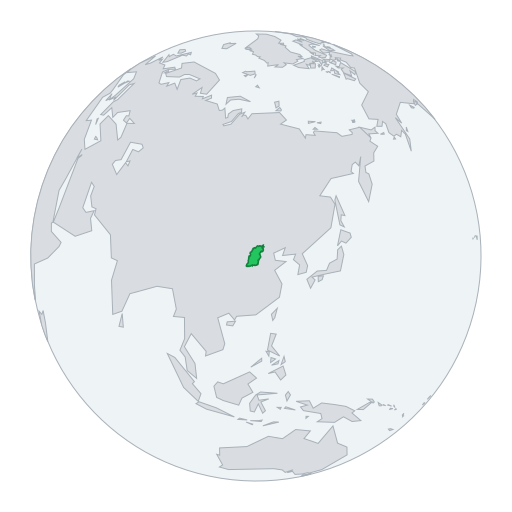 the Earth from above Shanxi, rotated 12°
{"feature_id": "CHN-1805", "entity_name": "Shanxi", "entity_type": "Province", "adm_level": 1, "iso_a3": "CHN", "parent_name": "China", "parent_adm1": "", "projection": "orthographic", "projection_center": [112.547, 37.663], "detail": "fine", "context": "on_globe", "style": "filled", "palette": "green", "viewbox_px": 512, "rotation_deg": 12, "n_neighbors": 0, "source": "natural_earth", "source_scale": "10m", "svg_char_len": 14957}
<svg xmlns="http://www.w3.org/2000/svg" viewBox="0 0 512 512"><g transform="rotate(12 256 256)"><circle cx="256" cy="256" r="225" fill="#eef3f6" stroke="#a8b0b8"/><path d="M455.9,356.1L455.6,357.1L455.4,357.4L455.9,356.1ZM402.9,85.2L400.0,83.4L382.3,73.4L381.8,71.8L377.6,70.1L378.0,72.3L379.2,74.2L365.2,75.7L363.8,88.2L370.9,95.8L363.5,91.7L382.0,109.5L386.1,121.2L376.8,105.8L372.3,102.8L372.8,109.3L368.2,107.7L365.9,110.1L360.4,107.7L355.4,99.6L351.8,98.1L352.3,102.9L347.2,104.0L347.0,97.0L338.0,98.4L328.0,86.4L331.7,71.9L321.6,65.4L313.3,51.7L309.5,51.9L303.9,47.7L297.4,46.5L297.7,44.9L292.3,45.5L293.2,47.3L291.1,48.4L287.4,48.0L287.1,45.6L289.0,45.4L286.9,44.6L288.4,43.6L285.6,43.9L285.7,41.4L280.0,43.5L275.5,41.2L277.1,39.7L284.2,40.4L305.4,40.4L309.2,40.1L307.4,38.4L288.9,33.6L290.1,33.4L287.2,32.9L303.0,35.7L318.6,39.6L333.9,44.6L348.8,50.7L363.2,57.9L377.1,66.0L390.3,75.1L402.9,85.2ZM284.9,32.6L282.5,32.3L283.9,32.8L275.6,32.3L278.4,33.5L275.4,33.7L275.3,35.2L267.6,34.6L260.1,33.4L259.7,32.3L256.4,31.9L250.4,33.0L243.7,31.6L228.7,32.5L227.8,32.5L229.5,32.3L248.0,30.9L266.5,31.0L284.9,32.6ZM469.0,194.2L467.3,190.6L468.1,190.5L469.0,194.2ZM466.3,190.2L466.9,191.0L466.4,190.6L466.3,190.2ZM466.0,191.0L466.2,190.4L466.2,191.5L466.0,191.0ZM465.9,192.7L465.9,191.6L465.9,191.9L465.9,192.7ZM464.9,194.0L464.6,194.2L464.4,192.8L464.9,194.0ZM380.5,75.5L378.4,72.6L379.8,71.5L382.1,74.0L380.5,75.5ZM377.2,78.7L375.0,76.5L379.9,77.8L379.6,78.6L377.2,78.7ZM377.0,102.1L376.2,98.6L378.6,102.6L377.0,102.1ZM366.5,110.9L368.2,112.5L366.2,113.1L366.5,110.9ZM279.6,35.6L277.5,35.4L278.6,35.2L279.6,35.6ZM281.6,36.5L284.3,36.4L285.7,36.9L283.9,36.9L281.6,36.5ZM356.1,110.2L352.4,111.0L355.3,108.7L356.1,110.2ZM277.8,36.6L287.7,37.7L289.9,38.6L285.3,39.8L277.8,36.6ZM349.8,110.6L341.0,113.1L344.0,116.7L330.7,108.5L342.5,108.7L345.6,105.2L346.4,108.7L349.8,110.6ZM295.1,48.1L294.0,46.1L298.4,48.2L295.1,48.1ZM298.5,49.2L315.2,55.0L315.0,58.1L309.5,55.3L312.1,60.0L303.9,58.6L300.6,55.7L302.3,53.9L297.8,54.9L298.5,49.2ZM324.7,103.8L321.9,103.4L323.9,102.3L324.7,103.8ZM290.7,48.9L294.0,49.7L294.2,52.3L287.4,51.4L289.5,50.8L290.7,48.9ZM316.8,62.1L315.8,64.1L308.8,63.5L307.4,64.3L303.7,58.9L316.8,62.1ZM287.6,50.0L284.0,50.9L280.5,49.5L287.4,48.5L287.6,50.0ZM297.0,53.5L296.8,54.8L294.7,53.7L297.0,53.5ZM266.2,45.5L270.2,45.9L270.6,47.2L266.2,45.5ZM282.9,51.4L284.1,51.9L284.7,52.6L281.7,52.9L282.9,51.4ZM299.0,59.0L296.3,58.4L300.2,61.1L295.1,61.1L293.5,57.6L292.1,59.0L290.5,59.1L291.0,56.3L299.0,59.0ZM280.5,55.4L276.7,51.5L269.1,50.2L268.6,48.8L280.9,51.2L280.5,55.4ZM286.6,56.1L282.7,55.3L283.9,53.9L287.4,53.5L286.6,56.1ZM292.2,62.4L300.4,63.3L300.5,64.1L292.2,62.4ZM278.0,55.3L279.0,56.3L277.4,55.4L278.0,55.3ZM287.6,60.4L290.5,60.6L290.5,61.4L287.6,60.4ZM278.5,58.3L277.3,56.9L279.6,56.5L278.5,58.3ZM282.5,59.5L281.8,60.6L281.2,57.2L283.8,59.4L282.5,59.5ZM287.1,61.2L288.1,61.8L285.9,61.0L287.1,61.2ZM270.4,60.8L269.1,56.6L274.2,55.6L274.8,59.8L270.4,60.8ZM94.2,99.2L95.3,98.5L88.7,106.2L81.5,123.1L79.4,127.1L73.0,132.6L61.8,158.9L66.8,157.3L63.8,177.6L66.5,187.2L80.3,175.5L76.0,159.3L82.4,149.4L91.7,156.1L96.6,171.3L99.2,168.0L102.2,153.0L109.5,151.7L103.9,147.6L101.6,152.8L98.1,150.7L100.0,145.8L102.5,145.4L102.7,140.0L90.8,144.4L87.1,150.2L84.1,140.9L77.7,149.9L74.7,150.0L84.3,135.0L88.1,131.9L100.9,112.6L96.6,114.8L84.3,133.5L85.4,130.0L79.6,134.1L84.9,128.2L99.5,108.1L100.8,100.7L91.8,103.4L94.9,99.1L102.2,91.6L116.2,81.1L107.9,91.9L112.8,89.2L123.6,80.6L120.2,84.9L123.6,83.0L121.4,87.2L127.2,88.1L126.3,92.2L137.3,88.2L138.3,90.0L131.5,91.7L126.3,95.4L125.1,106.9L127.4,107.8L134.7,104.5L133.4,108.4L140.6,103.8L144.2,109.4L145.8,99.0L154.4,95.7L161.3,97.1L164.4,94.4L153.2,92.3L148.4,93.3L143.9,96.9L131.2,99.1L129.7,96.2L144.1,87.6L143.6,83.0L155.1,79.1L178.4,85.8L183.7,91.5L174.1,108.0L167.8,108.4L168.2,102.4L159.9,111.1L164.4,108.8L163.3,112.4L171.3,110.9L170.9,113.4L179.1,107.9L179.6,110.9L174.4,114.3L186.5,115.4L189.8,121.3L192.7,120.4L194.8,117.8L197.6,127.5L199.6,126.4L199.5,122.8L203.4,118.5L211.5,115.0L212.0,118.5L209.2,120.2L204.0,129.6L196.3,134.2L197.4,135.4L204.1,132.3L210.5,120.8L215.2,117.7L213.0,123.1L214.2,120.9L216.7,120.5L219.6,123.6L222.4,117.7L249.2,110.8L257.5,116.7L252.6,121.9L271.9,122.7L279.8,130.5L279.7,126.9L288.8,125.7L286.5,123.2L287.1,121.5L309.5,118.6L315.2,121.1L324.7,117.1L324.6,115.4L321.0,113.2L330.7,108.5L344.0,116.7L343.5,120.0L352.2,123.4L349.7,130.6L351.6,138.6L343.9,145.3L346.1,151.4L349.3,152.2L354.7,161.6L354.9,179.4L340.8,161.7L337.8,136.9L337.8,146.4L333.6,143.5L331.1,146.6L331.4,153.7L334.1,155.0L313.3,164.6L305.9,183.8L316.6,182.9L322.5,188.9L323.4,212.8L300.8,244.2L308.5,254.7L308.5,261.5L300.8,265.5L300.5,255.6L293.4,251.8L294.4,245.9L281.9,250.0L282.9,241.8L272.7,249.5L275.8,256.2L286.5,255.2L277.2,266.1L287.2,277.9L287.5,291.4L268.1,313.6L249.6,319.0L248.3,323.0L241.3,317.6L231.4,324.4L243.7,348.3L243.1,354.5L227.4,364.3L227.1,359.7L208.8,345.4L204.8,359.6L218.7,373.9L223.4,388.1L212.5,382.3L207.7,369.5L201.2,364.0L203.4,351.7L198.8,331.0L187.8,332.3L189.1,324.5L181.1,305.4L165.5,306.2L140.5,319.1L136.3,337.9L128.0,342.9L119.7,309.7L121.4,289.4L114.9,287.9L109.2,265.5L89.5,249.4L89.7,243.0L85.3,242.1L81.8,231.6L83.3,221.5L79.8,218.1L76.5,244.8L80.6,248.7L88.3,245.3L86.3,253.5L90.1,265.4L75.0,274.3L50.7,265.0L53.4,249.8L61.6,197.5L64.2,194.4L64.5,193.9L64.9,192.9L60.4,197.3L63.5,187.7L53.6,220.8L49.7,232.7L50.3,265.4L49.0,266.2L50.7,274.5L62.5,283.2L61.4,287.6L52.7,301.3L40.9,309.9L45.4,330.9L49.6,345.3L48.9,344.6L42.9,329.2L38.2,313.4L34.5,297.3L32.1,280.9L30.9,264.4L30.9,247.9L32.1,231.4L34.5,215.1L38.1,199.0L42.8,183.1L48.7,167.7L55.8,152.8L63.9,138.4L73.0,124.6L83.1,111.5L94.2,99.2ZM96.4,196.2L102.8,205.3L109.0,191.9L112.0,194.5L113.0,189.2L109.5,190.9L113.3,177.4L119.4,178.5L123.2,173.7L121.3,170.4L109.6,170.8L104.0,189.8L98.7,191.8L96.4,196.2ZM144.6,70.2L140.9,73.0L137.4,73.8L138.6,70.1L143.7,68.7L144.6,70.2ZM136.4,76.9L150.4,70.3L150.2,72.8L147.9,72.4L146.4,74.8L142.4,74.8L128.6,84.4L124.6,85.9L129.0,77.2L129.7,79.0L133.3,75.9L136.4,76.9ZM186.4,53.6L192.4,52.1L184.2,59.4L179.5,60.0L180.4,55.9L186.4,52.8L186.4,53.6ZM267.7,39.0L270.5,38.9L270.6,39.4L268.2,39.9L267.7,39.0ZM268.0,45.5L255.3,40.4L257.9,39.9L247.4,38.2L250.1,36.3L256.9,37.3L251.1,35.0L258.3,35.2L253.6,33.9L268.4,36.4L274.6,36.9L266.6,37.0L263.9,38.6L264.6,39.4L271.2,42.5L283.3,45.0L282.6,47.4L278.8,48.5L275.8,48.3L277.3,46.7L272.2,47.6L272.0,45.1L268.0,45.5ZM235.3,67.1L238.2,64.1L228.0,67.8L227.7,64.4L226.5,65.0L223.5,63.0L217.7,61.9L218.7,60.3L216.0,60.6L213.9,59.5L210.6,59.4L211.1,56.7L207.1,56.5L209.7,55.4L202.6,55.9L208.1,54.3L205.9,53.1L201.8,55.3L212.6,43.1L212.9,40.1L210.2,38.8L219.9,36.9L228.7,37.4L235.6,39.7L233.9,43.2L238.7,42.1L239.2,43.5L235.3,43.8L241.7,44.3L241.1,45.7L247.3,49.3L257.0,49.8L259.5,51.4L255.4,51.9L260.8,53.2L254.7,55.4L256.4,56.7L252.1,60.5L243.3,61.2L245.8,62.6L242.7,65.9L235.3,67.1ZM269.0,61.7L258.5,62.8L253.2,61.6L262.9,55.6L262.2,54.1L268.2,50.8L275.8,52.8L273.4,53.5L272.8,54.7L270.6,53.5L271.9,55.3L268.6,56.5L268.7,58.3L265.3,58.0L269.0,61.7ZM81.5,127.1L80.7,129.5L80.4,132.4L76.7,135.3L81.5,127.1ZM91.2,113.3L91.1,114.6L85.8,119.6L86.6,117.3L91.2,113.3ZM95.6,111.4L91.5,114.3L94.2,111.4L95.6,111.4ZM131.9,92.9L132.4,94.4L130.6,95.5L128.3,95.9L131.9,92.9ZM204.8,79.4L207.4,77.4L208.6,77.7L216.4,75.4L217.3,78.0L212.9,80.5L204.8,79.4ZM77.0,175.3L73.6,175.3L74.3,172.4L75.4,173.0L77.0,175.3ZM73.1,154.2L71.8,160.8L72.1,154.9L73.1,154.2ZM207.0,81.9L210.2,80.6L208.6,82.8L207.0,81.9ZM218.3,79.9L217.2,82.4L218.3,78.1L218.3,79.9ZM63.9,365.0L70.2,383.1L66.0,377.0L60.7,368.1L55.3,355.1L58.7,357.6L59.1,353.6L63.9,365.0ZM280.8,420.5L287.8,421.1L287.5,421.8L280.8,420.5ZM273.6,418.0L281.5,418.2L272.3,419.6L273.6,418.0ZM284.6,418.2L292.6,416.5L296.1,415.2L295.5,416.8L284.6,418.2ZM268.3,417.9L239.4,416.1L228.0,412.9L230.7,410.4L249.0,412.8L268.3,417.9ZM229.7,410.2L212.5,399.6L189.5,369.8L197.7,372.1L221.9,391.7L220.3,394.1L230.8,402.1L229.7,410.2ZM271.8,397.9L270.1,405.5L254.1,404.2L246.9,402.5L241.9,392.1L244.7,387.1L250.6,387.8L273.9,370.7L281.9,375.3L274.7,382.9L281.3,390.0L271.8,397.9ZM137.1,340.1L141.0,353.2L136.6,353.3L137.1,340.1ZM283.5,357.6L274.0,365.8L282.8,354.8L283.5,357.6ZM288.9,347.0L289.4,351.3L285.6,347.1L288.9,347.0ZM247.8,329.2L241.5,329.6L241.5,326.4L249.5,324.0L247.8,329.2ZM287.7,302.7L287.2,312.4L285.8,315.6L283.2,309.8L287.7,302.7ZM218.5,106.2L206.7,106.2L198.7,108.7L195.1,113.7L195.1,106.9L207.4,103.0L218.5,106.2ZM245.3,109.7L248.4,105.8L250.5,107.8L250.1,109.0L245.3,109.7ZM244.8,107.0L242.2,101.7L246.2,99.8L247.4,104.4L244.8,107.0ZM224.2,90.8L220.6,90.5L221.9,88.6L224.2,90.8ZM346.1,462.1L347.0,460.6L355.5,457.2L351.0,459.9L346.1,462.1ZM317.8,460.3L273.6,470.6L264.1,470.0L266.8,467.3L258.8,458.1L261.9,458.4L260.3,451.3L286.7,444.3L305.6,429.8L319.9,429.2L330.9,417.5L345.5,415.8L340.9,424.6L355.7,426.4L366.6,406.2L374.7,422.1L384.7,424.0L386.4,431.6L364.8,451.2L353.3,457.2L351.5,457.2L346.6,459.6L339.6,461.5L336.5,459.1L331.6,461.4L336.7,457.4L329.5,461.6L326.2,459.8L317.8,460.3ZM421.5,397.8L423.4,396.9L426.0,397.2L423.0,399.0L421.5,397.8ZM451.0,364.5L451.6,364.7L449.7,367.2L451.0,364.5ZM455.4,357.4L453.3,360.6L455.9,356.1L455.4,357.4ZM432.8,381.4L433.6,381.7L432.8,382.7L432.8,381.4ZM432.0,381.6L433.3,379.1L433.0,380.9L432.0,381.6ZM423.4,377.9L424.6,376.2L425.1,376.7L423.4,377.9ZM298.0,420.7L307.6,414.6L312.9,413.7L298.0,420.7ZM421.7,376.8L418.7,378.3L419.0,377.0L421.7,376.8ZM422.0,374.2L421.7,372.9L423.5,375.3L422.0,374.2ZM416.2,373.9L419.9,374.7L415.8,374.4L416.2,373.9ZM414.0,375.4L411.2,375.4L411.4,374.9L414.0,375.4ZM382.5,389.6L392.8,395.2L384.4,397.9L375.0,395.1L367.4,402.4L350.4,405.4L354.4,401.3L352.1,396.6L334.5,397.4L330.9,394.4L337.2,391.2L325.5,389.8L338.3,386.5L343.6,393.0L350.8,386.1L363.2,385.0L375.2,384.4L384.8,386.9L382.5,389.6ZM338.3,402.4L340.5,402.0L338.6,404.4L338.3,402.4ZM406.0,373.9L410.0,375.6L409.5,376.6L407.6,376.9L406.0,373.9ZM387.0,385.0L397.4,375.7L399.8,374.9L392.9,383.9L387.0,385.0ZM394.9,372.7L399.7,371.8L402.1,374.2L401.1,375.5L394.9,372.7ZM312.1,398.8L311.6,400.9L308.3,399.6L312.1,398.8ZM316.5,397.3L326.5,398.4L315.5,399.1L316.5,397.3ZM285.9,391.7L288.9,396.5L298.2,393.1L291.1,397.8L297.4,405.4L295.2,408.4L289.0,400.2L286.8,408.9L282.6,408.8L280.4,401.4L284.5,392.1L288.7,388.1L305.5,385.8L285.9,391.7ZM316.4,391.4L313.7,385.9L315.7,381.9L318.6,384.7L316.4,391.4ZM305.9,372.2L298.8,365.5L292.4,368.4L305.4,358.0L310.0,366.2L305.9,372.2ZM299.9,356.9L293.9,359.6L300.2,353.5L299.9,356.9ZM292.4,357.2L291.8,352.2L296.5,352.7L292.4,357.2ZM303.1,357.0L304.3,348.4L306.6,353.3L303.1,357.0ZM289.9,340.7L300.0,348.9L286.8,345.6L286.4,328.6L292.0,328.2L289.9,340.7ZM322.3,268.2L321.0,263.0L326.1,261.4L325.6,265.4L322.3,268.2ZM341.7,253.0L327.1,259.4L315.2,265.0L318.8,267.1L316.1,276.2L310.6,268.2L319.0,258.0L328.0,255.4L329.4,247.8L336.0,242.1L334.6,232.9L337.5,228.6L341.6,236.3L341.7,253.0ZM333.6,229.1L333.5,212.7L343.2,214.0L345.3,217.9L341.3,224.7L336.5,223.6L333.6,229.1ZM336.3,209.2L331.6,208.1L321.5,184.9L321.8,180.4L334.6,198.0L330.8,198.0L331.6,203.7L336.3,209.2ZM322.8,105.3L322.0,103.6L324.3,104.9L322.8,105.3ZM285.6,120.1L286.9,118.0L289.6,119.3L285.6,120.1ZM291.8,113.0L287.9,113.0L291.8,111.5L291.8,113.0ZM279.1,113.3L286.2,112.2L279.7,115.4L279.1,113.3Z" fill="#d9dde1" stroke="#a8b0b8" stroke-width="1"/><path d="M260.8,243.9L260.8,244.1L260.9,244.3L261.0,244.4L261.1,244.5L261.1,244.8L261.2,245.3L261.3,245.3L261.5,245.4L261.9,245.4L261.9,245.5L261.7,245.6L261.2,245.8L260.7,246.0L260.6,246.4L260.4,246.3L260.2,246.5L260.4,246.9L260.5,247.0L260.9,247.1L261.1,247.3L261.4,247.3L261.5,247.3L261.6,247.7L261.6,247.9L261.6,248.1L261.7,248.3L261.8,248.3L262.0,248.5L262.0,248.8L261.8,249.2L261.8,249.4L261.7,249.5L261.7,249.8L261.7,250.0L261.4,250.2L261.3,250.4L261.1,250.4L260.9,250.4L260.7,250.4L260.5,250.2L260.4,250.3L260.2,250.4L259.9,250.6L259.9,250.8L259.7,250.9L259.7,251.0L259.8,251.3L259.9,251.5L259.7,251.8L259.5,252.0L259.4,252.1L259.0,252.5L259.1,252.9L259.0,253.1L259.1,253.7L259.5,253.8L259.7,254.0L259.8,254.0L259.9,254.3L260.0,254.5L260.1,254.8L260.3,254.9L260.5,255.3L260.6,255.6L260.8,255.8L260.8,256.3L260.7,256.6L260.6,256.8L260.4,257.0L260.2,257.3L260.2,257.6L260.1,257.8L259.9,257.9L259.8,258.1L259.8,258.3L259.8,258.5L259.9,259.0L259.6,259.1L259.5,259.3L259.3,259.5L259.2,259.5L258.9,259.6L258.9,259.8L258.9,260.0L259.0,260.2L259.1,260.3L259.1,260.5L259.3,260.7L259.4,260.8L259.6,261.0L259.6,261.6L259.6,261.8L259.6,262.0L259.6,262.3L259.6,262.6L259.4,262.7L259.5,262.9L259.4,263.1L259.5,263.2L259.3,263.3L259.4,263.5L259.3,263.8L259.4,264.0L259.2,264.1L259.0,264.4L258.9,264.5L258.5,264.6L258.4,264.6L258.4,264.8L258.2,264.8L257.9,265.0L257.5,265.2L257.4,265.3L257.1,265.5L256.8,265.5L256.6,265.4L256.4,265.2L256.3,265.3L256.2,265.3L256.1,265.5L255.9,265.6L255.5,265.5L255.3,265.6L254.7,265.5L254.4,265.5L254.4,266.0L254.4,266.3L254.1,266.1L253.9,266.1L253.7,266.1L253.6,266.3L253.4,266.4L253.2,266.4L253.2,266.5L253.0,266.8L252.9,266.9L252.8,267.0L252.4,267.1L252.2,267.1L251.9,267.2L251.7,267.2L251.4,267.3L251.1,267.4L251.0,267.5L250.9,267.5L250.7,267.5L250.8,267.7L250.6,267.7L250.2,267.7L250.2,267.8L249.9,268.0L249.7,268.0L249.4,267.9L249.2,267.9L249.1,268.0L249.0,267.9L248.7,267.9L248.6,267.7L248.5,267.2L248.7,266.8L248.7,266.7L248.7,266.3L248.7,266.2L248.8,266.0L248.9,265.6L249.0,265.4L249.2,265.2L249.3,265.1L249.4,264.8L249.5,264.8L249.6,264.7L249.6,264.4L249.8,264.2L249.8,263.9L249.7,263.6L249.7,263.1L249.6,262.9L249.5,262.7L249.3,261.9L249.3,261.7L249.4,261.4L249.4,261.2L249.5,260.9L249.5,260.7L249.5,260.4L249.5,260.2L249.2,259.8L249.2,259.7L249.3,259.7L249.2,259.5L249.2,259.4L249.3,259.3L249.3,259.2L249.2,259.0L249.2,258.9L249.3,258.8L249.3,258.7L249.2,258.5L249.2,258.4L249.3,258.5L249.4,258.4L249.5,258.3L249.5,258.2L249.7,257.9L249.8,257.8L250.0,257.6L250.1,257.4L250.2,257.2L250.0,256.9L250.4,256.7L250.5,256.4L250.5,256.2L250.5,255.9L250.3,255.7L250.2,255.4L249.9,254.9L249.7,254.8L249.7,254.6L249.7,254.3L249.7,254.0L249.7,253.8L249.8,253.8L249.9,253.7L250.0,253.4L250.3,253.2L250.5,253.1L250.5,252.9L250.8,252.8L250.8,252.7L250.9,252.3L250.9,252.2L251.0,252.0L251.0,251.8L251.1,251.7L251.2,251.4L251.2,251.2L251.3,251.1L251.2,250.8L251.3,250.7L251.5,250.5L251.6,250.4L251.8,250.0L252.0,249.5L251.9,249.4L251.6,249.2L251.8,249.0L252.2,249.0L252.3,249.0L252.4,248.8L252.6,248.7L252.6,248.3L252.7,248.2L252.8,248.2L253.4,248.2L253.5,248.3L253.9,248.3L254.1,248.0L254.2,247.9L254.2,247.7L254.3,247.5L254.4,247.2L254.7,246.8L254.9,246.6L255.0,246.3L255.1,246.2L255.2,245.9L255.4,245.8L255.6,245.7L256.0,245.8L256.4,246.0L256.5,246.1L256.8,246.0L256.9,245.9L257.1,245.5L257.2,245.4L257.6,245.2L257.9,245.1L258.0,245.2L258.1,245.3L258.2,245.5L258.3,245.5L258.7,245.5L258.8,245.5L258.9,245.4L259.4,245.1L259.6,245.1L260.0,244.9L260.5,244.9L260.6,244.7L260.4,244.4L260.4,244.2L260.5,244.1L260.8,243.9Z" fill="#22c55e" stroke="#15803d" stroke-width="1.5"/></g></svg>